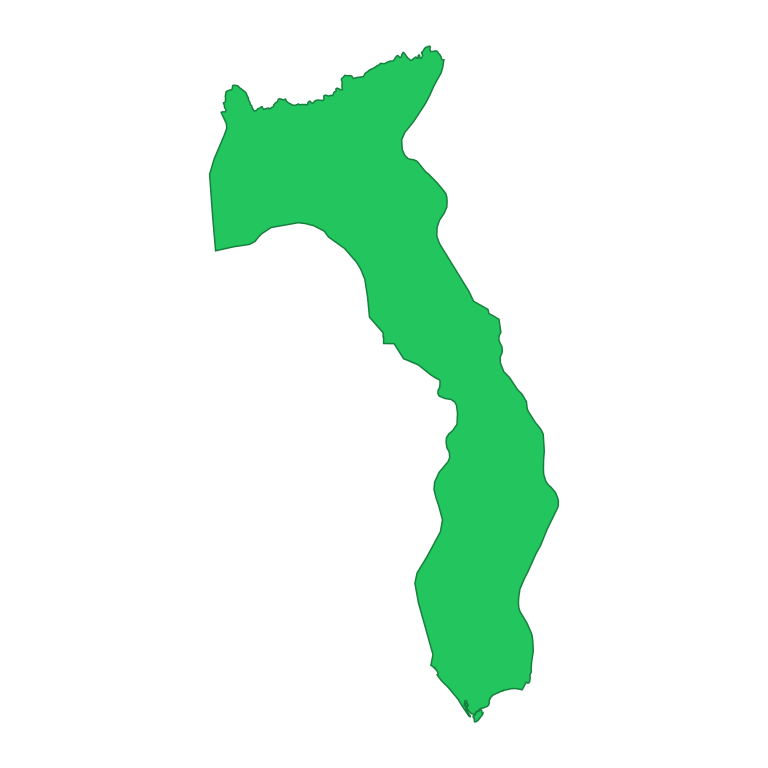 the district of Katingan, Kalimantan Tengah, Indonesia
{"feature_id": "22746128B40819362853427", "entity_name": "Katingan", "entity_type": "district", "adm_level": 2, "iso_a3": "IDN", "parent_name": "Indonesia", "parent_adm1": "Kalimantan Tengah", "projection": "robinson", "projection_center": [113.294, -1.875], "detail": "fine", "context": "isolated", "style": "filled", "palette": "green", "viewbox_px": 768, "rotation_deg": 0, "n_neighbors": 0, "source": "geoboundaries", "source_scale": "gbopen_adm2", "svg_char_len": 5953}
<svg xmlns="http://www.w3.org/2000/svg" viewBox="0 0 768 768"><path d="M443.9,59.8L443.4,59.9L442.0,59.8L441.7,59.2L441.1,57.0L439.8,54.5L438.7,53.8L437.7,51.9L436.8,51.1L435.2,50.9L432.5,51.5L431.2,51.6L430.6,51.3L430.2,50.6L430.0,49.7L430.0,48.4L430.2,47.4L430.2,46.7L429.7,46.2L429.3,46.1L425.8,47.4L425.0,48.0L424.3,48.9L423.0,51.2L421.6,52.4L421.7,53.6L422.4,54.2L422.5,55.7L422.0,57.3L421.4,58.1L420.8,58.4L419.9,57.9L419.6,55.4L419.4,55.1L419.0,55.0L418.6,55.1L418.3,55.5L417.9,58.1L417.3,58.2L416.2,57.2L415.5,57.1L411.7,60.1L411.1,60.5L410.4,60.4L409.5,59.1L407.8,58.1L404.2,53.0L403.6,52.5L403.0,52.5L401.8,54.7L401.7,55.7L401.2,57.1L399.8,57.5L398.5,56.0L397.4,55.6L396.7,56.0L393.3,60.8L392.3,61.1L390.5,61.0L387.5,62.1L384.7,63.6L383.2,63.7L380.7,63.3L380.2,63.6L379.3,64.7L377.8,65.5L377.1,65.7L373.5,68.3L370.1,69.6L368.7,70.6L367.8,71.5L365.5,73.0L364.4,74.5L364.1,75.8L363.6,76.5L359.2,77.3L357.2,77.4L354.2,78.4L353.5,78.4L352.8,77.8L352.0,76.3L350.6,75.6L346.5,75.7L345.0,75.3L344.7,75.4L343.4,77.1L341.9,78.4L341.5,78.9L341.4,79.7L342.1,82.1L342.0,84.0L342.0,87.7L342.4,88.8L342.2,89.7L341.3,89.9L337.4,88.2L336.4,88.4L335.9,89.1L336.1,90.7L335.9,91.3L334.7,91.8L333.8,92.7L332.9,95.2L332.5,95.6L330.7,95.3L329.0,96.0L328.4,96.0L326.0,95.2L324.9,95.3L324.1,95.6L323.8,96.8L324.0,99.3L323.4,100.1L322.5,100.5L318.3,100.0L316.3,100.3L314.7,101.1L313.5,102.8L312.5,103.1L311.3,102.8L310.1,101.3L309.7,101.2L308.7,101.7L307.9,102.7L307.6,104.7L306.8,104.9L305.1,104.5L303.4,104.6L301.9,104.4L300.5,105.0L298.4,104.0L295.6,105.2L292.9,105.2L291.3,104.5L290.7,103.9L289.6,103.5L287.8,102.4L286.4,101.1L285.6,99.1L285.2,99.1L284.3,99.8L282.8,99.9L281.4,99.1L279.1,98.8L278.3,99.3L277.6,101.4L276.7,102.4L275.8,102.5L274.4,104.1L273.9,104.8L273.5,106.4L272.6,107.1L271.7,107.4L269.9,108.8L269.4,108.9L268.5,108.0L263.5,109.3L263.0,108.7L262.1,106.8L261.2,106.9L259.7,108.1L257.6,108.8L257.1,109.8L256.3,110.6L254.7,111.0L253.7,110.5L252.0,107.2L251.9,106.4L251.5,105.6L250.6,104.8L249.5,101.6L248.9,100.9L248.5,99.8L248.5,98.2L247.4,96.3L246.1,93.0L245.3,92.1L242.4,89.7L239.7,87.8L237.9,85.9L237.2,85.6L233.6,85.2L232.8,85.5L232.5,86.6L232.2,88.9L231.5,89.7L229.0,90.3L226.6,91.3L226.0,92.1L225.3,96.4L225.6,98.8L225.4,99.8L225.4,101.5L225.0,102.2L223.6,102.7L223.4,103.2L224.4,105.4L224.4,107.0L225.7,109.4L225.9,110.1L225.5,111.7L224.2,111.9L222.6,111.8L220.6,112.5L221.2,112.5L226.4,123.7L226.7,128.4L224.3,135.1L214.2,158.8L209.6,174.3L212.6,216.1L215.6,250.8L233.6,246.8L249.4,244.4L255.0,241.5L258.5,237.0L261.5,233.9L271.1,227.5L298.3,222.7L305.6,223.6L313.7,225.7L324.2,231.1L328.6,237.1L344.5,248.4L356.6,262.3L360.6,268.9L364.8,279.1L367.6,297.3L369.5,317.2L383.1,332.8L383.1,336.9L383.6,337.0L383.6,343.5L394.1,343.7L403.6,358.7L418.3,364.9L431.2,375.2L436.9,378.7L438.9,379.4L440.1,381.0L439.8,387.0L438.1,390.5L437.9,393.6L439.1,396.0L444.9,398.5L450.9,399.4L454.8,402.0L456.5,405.4L457.5,413.2L457.0,424.3L452.8,430.5L449.0,433.7L446.4,437.8L446.1,442.6L447.0,447.9L449.3,452.3L449.7,457.6L448.1,461.6L439.1,472.3L434.6,482.2L434.0,489.7L436.1,498.0L438.6,505.3L442.5,519.9L440.4,531.8L426.8,557.0L417.1,572.9L414.9,583.2L418.5,603.0L433.0,654.6L430.9,665.4L433.2,666.7L433.3,667.1L434.2,667.8L434.5,667.7L434.4,668.1L434.8,668.3L434.9,668.6L435.5,668.9L435.8,669.3L435.7,669.6L436.6,670.2L437.9,672.7L438.2,674.3L437.8,674.9L437.3,674.9L438.2,676.4L441.3,680.5L444.6,683.9L446.9,686.0L450.0,689.5L450.4,689.6L450.8,690.6L455.0,695.5L458.8,700.2L459.8,702.2L462.9,707.1L468.1,714.9L469.1,716.2L470.0,716.8L470.3,716.7L470.3,716.1L469.2,714.3L468.9,713.9L466.4,709.9L465.8,707.4L464.7,705.2L464.3,705.2L464.6,704.5L464.5,703.7L464.9,700.7L466.5,700.7L467.0,702.9L468.0,704.9L468.2,705.6L466.8,707.6L467.5,709.3L471.2,713.6L471.8,713.8L472.2,713.7L474.1,714.6L474.5,714.6L474.8,714.4L475.9,712.0L477.8,710.9L480.2,708.8L481.6,708.1L483.6,708.0L484.8,707.2L486.7,706.7L487.7,706.0L488.6,705.0L489.1,703.8L489.3,702.7L489.0,702.2L489.3,700.9L489.2,700.5L489.7,699.6L489.6,699.2L489.9,699.1L490.1,698.3L490.3,698.4L490.8,697.3L492.0,696.1L492.0,695.6L492.1,695.4L492.5,695.5L492.7,695.2L495.5,693.9L496.8,693.1L497.7,692.7L497.8,692.9L498.1,692.5L499.3,692.3L499.5,692.0L502.6,690.8L502.7,691.0L503.2,690.6L503.6,690.6L504.0,690.4L504.0,690.1L504.5,690.3L505.6,689.9L509.0,689.3L510.4,688.8L514.8,688.5L519.7,689.2L522.1,689.8L526.2,682.3L527.8,683.2L529.0,682.8L529.1,682.4L529.5,681.8L530.2,678.1L530.0,674.7L531.3,672.0L531.1,669.4L531.6,662.1L533.3,650.8L532.8,641.8L532.2,635.9L531.5,633.5L527.2,623.6L520.1,611.7L518.8,607.8L518.4,602.9L518.7,597.6L519.9,589.1L524.5,578.3L527.9,571.8L535.6,554.5L540.7,545.2L547.1,529.3L557.6,507.9L558.3,505.5L558.4,501.0L557.7,498.0L555.4,492.4L551.2,487.4L548.3,484.9L545.7,481.0L543.7,474.5L543.4,468.8L543.6,459.7L544.3,450.9L543.2,434.0L540.8,429.2L535.2,422.3L528.3,411.4L527.2,408.7L526.4,401.7L522.1,394.2L517.6,389.8L509.6,377.6L503.8,371.7L500.4,362.9L500.2,357.1L501.9,353.2L502.3,351.4L502.0,347.0L499.2,341.0L498.8,338.9L499.3,335.4L500.9,332.4L499.0,319.4L494.0,316.3L489.0,313.6L488.0,309.5L473.5,301.2L469.0,291.5L439.6,243.8L436.8,236.3L437.1,227.3L439.5,220.2L444.2,213.2L446.8,207.2L447.1,201.5L446.8,197.2L445.9,193.8L443.3,190.2L436.8,182.5L428.3,173.8L425.9,172.2L417.1,161.3L413.9,159.8L408.3,158.9L404.6,155.1L402.2,149.4L401.7,139.6L404.8,132.5L413.8,121.3L425.4,103.6L429.8,95.2L433.4,87.0L436.9,80.3L441.1,73.0L442.7,67.4L443.9,59.8ZM482.3,712.9L481.5,710.2L481.0,709.4L480.8,709.4L478.8,711.0L476.0,712.5L475.1,714.8L474.1,715.6L473.1,716.0L473.1,716.8L473.4,717.6L474.0,718.4L474.0,717.5L474.4,718.3L474.2,719.3L474.4,719.9L474.3,721.1L474.6,721.8L475.2,721.9L476.2,721.7L478.3,720.1L482.7,714.3L482.9,713.2L482.6,713.4L482.2,713.2L481.8,714.0L482.3,712.9ZM467.9,705.2L466.4,702.9L465.9,702.7L465.6,703.3L465.4,704.7L465.5,705.3L466.6,707.0L467.6,706.1L467.4,705.2L467.7,705.6L467.9,705.5L467.9,705.2Z" fill="#22c55e" stroke="#15803d" stroke-width="1.5"/></svg>